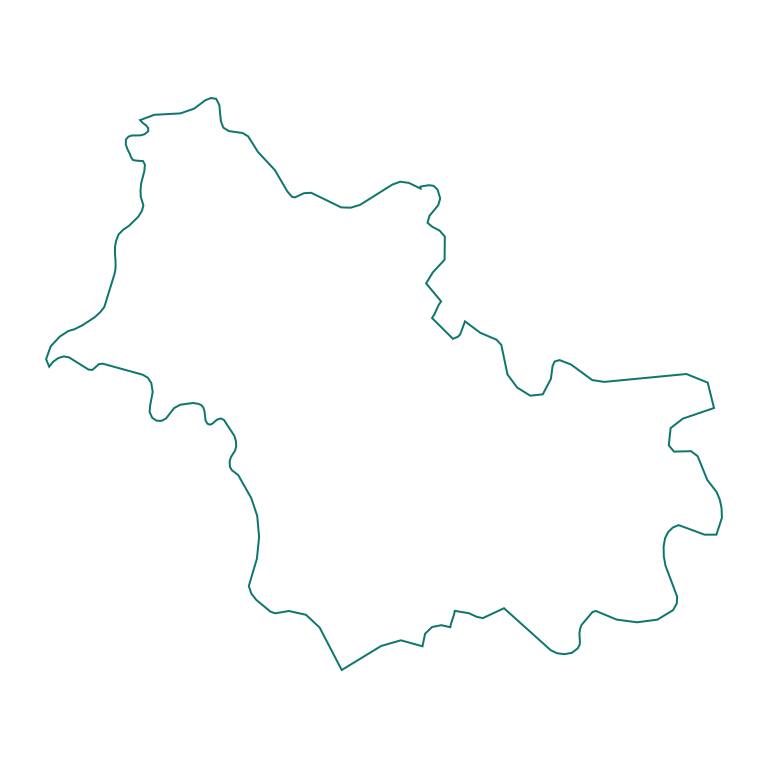 the border of Loir-et-Cher
{"feature_id": "FRA-5314", "entity_name": "Loir-et-Cher", "entity_type": "Metropolitan department", "adm_level": 1, "iso_a3": "FRA", "parent_name": "France", "parent_adm1": "", "projection": "mercator", "projection_center": [1.32, 47.658], "detail": "fine", "context": "isolated", "style": "outline", "palette": "teal", "viewbox_px": 768, "rotation_deg": 0, "n_neighbors": 0, "source": "natural_earth", "source_scale": "10m", "svg_char_len": 2737}
<svg xmlns="http://www.w3.org/2000/svg" viewBox="0 0 768 768"><path d="M550.7,650.2L504.0,608.2L482.9,618.1L476.9,616.9L468.9,613.2L454.8,610.9L454.1,614.4L451.0,623.7L450.3,627.2L441.3,625.2L432.1,627.0L425.1,633.7L422.5,646.3L400.9,640.3L381.3,645.9L341.7,670.0L319.6,627.5L306.0,614.8L288.9,611.0L275.2,613.3L270.4,611.6L256.4,600.0L251.4,593.7L248.8,586.1L256.9,558.7L259.1,537.1L257.2,515.8L251.3,498.2L238.3,475.2L232.0,470.3L229.9,466.9L229.7,460.9L231.0,457.0L235.1,450.5L236.2,446.4L235.9,440.9L234.3,435.8L223.9,419.9L220.9,418.5L217.1,419.6L212.4,423.6L210.0,424.7L207.4,423.7L205.5,420.3L204.5,411.4L203.3,407.4L201.2,405.1L198.5,403.9L193.0,403.0L180.3,404.7L174.1,408.1L166.0,418.5L161.4,420.9L156.6,420.7L152.3,417.9L149.6,412.1L150.1,405.7L152.7,392.0L151.3,383.1L147.7,377.6L142.6,374.7L102.8,363.7L99.0,364.1L92.4,369.9L88.6,369.6L68.9,357.3L63.8,356.4L58.4,358.0L53.3,361.6L49.2,366.7L46.1,359.2L50.7,346.3L59.9,336.5L68.4,331.0L72.7,329.7L73.7,329.6L82.7,325.1L94.6,317.3L100.3,312.1L104.3,307.0L114.6,273.7L115.4,269.4L115.6,265.0L115.5,260.2L115.1,255.8L114.9,251.2L115.1,246.2L116.2,240.6L118.6,234.4L123.3,229.6L128.9,225.9L138.4,216.6L142.0,210.7L143.4,205.4L140.8,197.0L140.5,190.9L141.1,183.6L144.4,170.8L144.9,164.6L143.0,161.1L135.9,160.6L132.9,159.9L131.0,157.1L129.7,153.6L127.5,149.3L125.8,144.6L125.9,139.5L128.5,136.6L132.0,135.5L140.3,135.4L144.4,134.3L148.2,131.3L148.2,128.1L146.0,125.3L142.8,123.0L140.1,120.1L154.3,114.8L180.3,113.4L194.2,108.6L205.2,100.3L211.0,98.0L216.2,98.9L219.3,105.0L220.9,121.3L223.3,127.6L228.9,131.1L242.5,133.0L248.1,136.3L258.0,152.0L274.8,170.0L287.4,191.5L292.1,196.9L294.9,197.4L304.0,193.2L311.2,192.8L341.2,207.4L350.7,207.7L360.0,204.9L392.3,184.6L400.3,181.7L408.9,182.9L420.6,188.6L420.5,186.6L428.7,185.2L433.5,185.8L437.6,189.7L440.2,198.5L438.2,205.2L429.4,215.9L427.5,222.8L432.3,226.8L439.5,230.5L444.8,236.5L444.6,259.7L432.8,272.4L426.1,283.4L441.1,301.4L438.6,305.1L434.4,314.3L432.0,318.0L452.9,338.8L458.0,336.7L460.2,334.3L465.0,321.4L480.3,332.8L496.5,339.7L501.3,344.9L507.5,374.5L517.2,387.6L530.3,395.7L542.8,394.3L550.9,378.8L552.6,365.9L554.7,361.5L559.6,360.1L571.0,364.5L592.3,380.1L604.3,381.9L686.4,374.0L707.7,382.6L714.0,408.0L682.9,418.6L670.6,428.1L668.8,445.4L674.0,451.6L691.0,451.2L697.7,456.2L707.2,479.8L716.7,492.2L719.8,499.7L721.6,508.4L721.9,517.8L716.4,534.7L704.7,534.7L678.6,525.1L672.9,527.5L668.3,531.8L665.1,538.1L663.6,546.5L663.8,556.4L665.5,565.7L677.1,596.5L676.8,603.4L673.1,610.1L657.5,619.6L637.2,622.3L616.7,619.6L596.0,611.0L592.6,611.9L581.5,625.0L580.1,628.8L579.4,633.6L579.9,641.6L579.7,644.7L577.7,648.4L571.9,652.8L564.5,654.2L556.9,653.2L550.7,650.2Z" fill="none" stroke="#0f766e" stroke-width="2"/></svg>